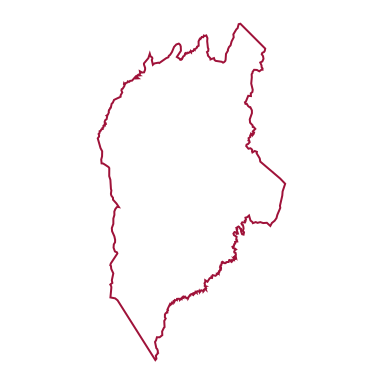 Tano North Municipal, Brong Ahafo, Ghana (Equal Earth projection), rotated 179°
{"feature_id": "2480657B68079094729511", "entity_name": "Tano North Municipal", "entity_type": "district", "adm_level": 2, "iso_a3": "GHA", "parent_name": "Ghana", "parent_adm1": "Brong Ahafo", "projection": "equal_earth", "projection_center": [-2.195, 7.195], "detail": "fine", "context": "isolated", "style": "outline", "palette": "rose", "viewbox_px": 384, "rotation_deg": 179, "n_neighbors": 0, "source": "geoboundaries", "source_scale": "gbopen_adm2", "svg_char_len": 6062}
<svg xmlns="http://www.w3.org/2000/svg" viewBox="0 0 384 384"><g transform="rotate(179 192 192)"><path d="M275.4,88.0L270.7,87.0L268.3,85.0L231.6,24.6L230.5,25.9L231.0,29.0L228.7,31.6L229.1,32.2L228.9,33.5L229.5,35.5L230.4,36.5L231.6,42.7L230.5,44.4L229.6,47.4L226.9,47.3L224.2,49.4L224.3,53.1L222.5,56.7L221.8,57.4L222.0,63.6L220.5,66.0L221.3,67.2L221.2,70.0L220.4,71.3L218.8,71.9L219.1,72.7L218.4,73.6L218.6,74.3L218.1,74.4L218.3,75.6L215.9,80.4L215.4,79.9L214.8,80.7L214.8,80.1L213.6,81.2L213.1,80.9L212.3,83.4L211.6,83.7L211.4,83.1L211.0,84.2L210.4,83.9L209.2,84.5L209.5,85.2L208.9,84.6L208.8,85.4L206.9,85.5L206.3,84.6L205.9,84.9L205.9,84.4L204.5,85.6L204.1,85.2L203.7,86.5L203.2,86.4L203.5,86.8L202.5,87.7L201.3,87.1L200.8,87.5L199.5,85.9L198.4,85.7L198.6,86.3L197.9,86.4L197.8,85.8L196.6,88.0L195.6,88.4L195.8,89.0L195.2,89.6L193.5,90.2L193.5,89.5L192.7,89.1L192.6,90.2L191.8,89.8L191.3,90.2L191.4,91.0L190.7,91.0L190.3,92.1L189.3,91.3L189.5,92.1L189.1,92.3L188.9,91.8L188.3,92.7L186.7,92.3L186.5,92.8L186.2,92.0L185.8,92.4L186.2,92.7L185.4,93.1L185.5,92.3L184.5,93.5L182.5,93.0L182.4,92.3L181.8,93.0L181.8,94.1L180.7,94.9L179.8,94.1L180.0,94.8L179.5,95.4L180.5,97.3L179.8,97.5L180.9,97.9L180.7,99.5L181.1,100.5L180.3,101.8L180.3,103.5L178.1,102.0L175.8,105.5L174.4,105.7L174.2,106.6L173.4,106.1L173.2,108.0L172.8,108.5L169.9,107.8L168.5,109.1L168.6,109.8L167.8,109.7L168.0,110.1L166.8,111.2L166.6,110.8L166.5,111.9L166.0,111.7L165.3,113.5L164.8,113.5L164.8,113.9L165.3,113.8L165.1,114.3L164.3,114.6L164.3,115.9L165.0,116.0L164.8,116.7L165.2,116.8L164.7,118.2L164.0,118.4L163.4,121.3L162.9,121.6L162.3,120.7L161.7,121.1L160.9,120.3L159.6,120.3L158.9,121.3L156.6,121.4L156.0,123.3L155.4,123.4L154.2,121.9L153.7,122.7L153.3,121.9L152.5,123.1L151.3,123.0L151.6,123.9L150.5,124.2L151.1,124.9L150.5,124.7L150.7,125.4L150.2,125.1L149.7,126.3L149.2,125.7L149.5,127.5L150.0,127.4L149.2,128.3L149.5,130.3L150.6,130.7L150.9,131.4L150.2,133.1L149.0,133.8L150.0,134.6L150.4,134.2L150.9,135.1L151.9,135.2L152.5,136.5L150.9,137.4L150.8,139.0L149.7,139.7L149.8,141.3L147.7,141.7L148.2,142.7L147.9,143.1L148.6,143.7L148.2,146.5L150.8,148.2L151.3,149.7L150.2,151.2L148.6,150.8L148.1,149.4L146.8,149.6L148.0,153.6L147.4,154.2L148.3,155.3L146.2,156.7L145.4,156.2L144.4,154.4L143.7,154.3L143.6,151.6L142.6,148.9L141.2,148.5L140.7,150.8L141.9,152.5L141.1,154.3L141.2,156.0L141.7,158.1L142.5,158.4L143.1,159.6L142.3,160.8L139.6,160.6L139.1,161.6L139.6,162.4L138.5,163.3L139.0,165.4L137.2,165.9L135.4,167.5L134.0,162.4L132.2,161.0L131.7,159.8L128.8,160.8L127.0,160.0L124.3,160.7L121.4,159.7L117.7,159.9L114.3,156.7L112.7,159.6L109.9,161.8L108.0,164.4L107.1,167.6L104.0,174.6L104.3,176.7L101.8,186.8L101.4,191.0L98.7,198.6L103.6,203.9L123.2,221.2L123.7,224.4L126.7,229.6L126.4,231.0L128.6,231.9L130.9,230.5L131.3,231.7L131.1,233.0L131.7,233.9L132.8,234.7L134.8,234.3L137.0,237.0L136.6,238.4L135.0,239.1L133.5,240.8L133.8,242.1L134.6,242.5L134.2,243.2L134.5,244.8L132.9,245.9L132.9,247.3L132.4,248.3L132.0,248.1L131.9,249.3L130.2,248.5L130.2,248.0L129.4,248.9L129.0,250.1L129.8,250.1L129.4,250.7L130.1,251.6L127.6,254.0L129.1,255.8L130.1,256.0L130.2,257.5L132.7,260.3L133.0,263.6L130.7,269.8L130.7,272.6L132.2,275.8L132.9,275.7L134.5,277.1L135.7,279.2L137.0,279.2L137.5,280.8L136.6,281.4L134.1,287.2L131.4,286.9L131.5,289.6L129.9,290.9L129.5,293.1L130.9,299.4L130.2,305.6L130.3,308.7L129.4,310.0L129.4,310.9L127.8,313.1L125.0,312.9L122.6,311.5L120.1,313.3L119.4,313.1L119.3,314.3L120.2,315.6L120.3,317.4L121.5,320.3L119.4,321.3L118.2,323.9L118.6,326.6L119.9,328.6L119.2,330.0L117.7,330.6L116.8,331.8L116.3,334.1L140.7,359.4L142.4,359.0L143.6,354.9L144.8,353.9L147.9,348.9L147.6,345.9L149.8,341.8L150.9,337.9L152.5,336.3L153.6,333.8L153.6,332.7L155.6,329.5L156.1,323.6L156.5,322.4L157.8,321.2L158.7,320.8L160.0,321.7L166.0,322.7L167.1,323.5L167.7,325.5L171.2,324.2L171.4,325.5L173.7,328.1L173.7,329.2L174.6,331.7L173.3,332.7L173.1,334.9L173.6,335.9L174.2,342.5L173.9,345.6L175.0,348.3L176.6,347.7L177.4,348.2L178.1,346.6L179.6,346.8L180.2,345.7L181.0,345.5L181.0,344.7L181.7,344.7L182.8,342.5L182.8,338.1L184.4,337.2L184.4,336.4L185.4,335.5L186.8,334.7L186.8,334.2L187.4,334.6L188.3,332.9L189.8,332.8L190.1,332.2L190.5,332.6L190.5,331.6L191.4,332.4L192.9,331.1L194.2,331.4L194.8,330.5L195.8,331.0L196.2,330.1L196.6,330.3L197.1,328.5L198.4,327.7L199.6,325.2L200.0,325.4L200.8,324.3L201.7,324.6L201.8,325.3L204.8,327.3L200.6,333.4L200.7,337.7L201.3,339.4L202.6,340.6L205.1,339.8L207.4,337.4L209.6,332.3L211.5,329.5L212.8,328.6L213.3,327.1L215.4,326.3L222.5,321.5L223.3,321.9L227.4,321.2L228.9,319.9L229.9,324.7L229.3,326.1L229.5,327.2L231.1,328.4L231.8,331.0L233.3,326.6L237.8,321.4L237.8,320.2L236.7,316.9L236.8,315.0L237.8,312.5L239.8,312.3L242.0,313.6L241.7,311.4L242.8,309.8L242.3,309.5L243.7,309.4L243.9,310.0L245.1,309.1L244.7,307.4L243.7,306.6L246.5,306.5L246.8,307.9L250.0,304.4L252.0,304.2L252.7,303.3L254.2,303.7L254.4,302.8L256.3,302.1L257.1,300.8L258.0,301.9L258.2,301.0L257.7,300.2L257.8,299.1L259.5,296.5L260.5,296.0L260.8,294.7L260.0,292.8L261.7,289.9L261.7,288.5L268.3,285.5L269.6,282.7L270.8,281.6L271.7,277.7L272.2,277.6L273.0,275.8L273.4,275.7L273.9,274.2L273.7,273.2L274.7,270.9L276.0,269.9L275.4,269.6L276.1,266.3L277.5,265.3L278.1,263.8L278.0,262.5L277.2,262.4L276.9,261.5L278.3,260.9L278.0,259.9L279.4,259.7L279.5,258.0L280.5,257.4L280.2,256.6L281.6,256.1L282.3,254.7L283.3,254.4L283.3,252.8L284.4,251.6L283.9,250.5L284.0,249.0L285.3,247.3L282.7,237.5L281.1,234.3L281.3,229.2L282.2,226.0L281.9,222.2L280.3,222.0L278.3,220.7L275.0,218.4L274.3,217.3L274.5,209.3L273.4,205.6L273.0,196.5L272.6,195.1L273.1,191.5L272.7,189.8L271.1,187.6L271.1,185.7L267.7,181.8L265.4,178.2L266.8,178.5L267.5,178.1L269.0,176.2L270.0,173.8L270.0,170.4L271.1,166.8L271.2,161.5L272.8,157.3L272.6,154.2L270.4,149.0L269.7,145.5L269.8,143.1L271.1,141.0L271.4,137.7L270.1,133.9L268.0,132.9L267.7,131.8L274.4,122.0L275.0,120.2L274.3,119.4L274.1,116.6L272.1,112.0L273.7,105.1L273.2,102.5L275.3,100.9L274.4,99.1L274.3,97.8L275.4,88.0Z" fill="none" stroke="#9f1239" stroke-width="2"/></g></svg>